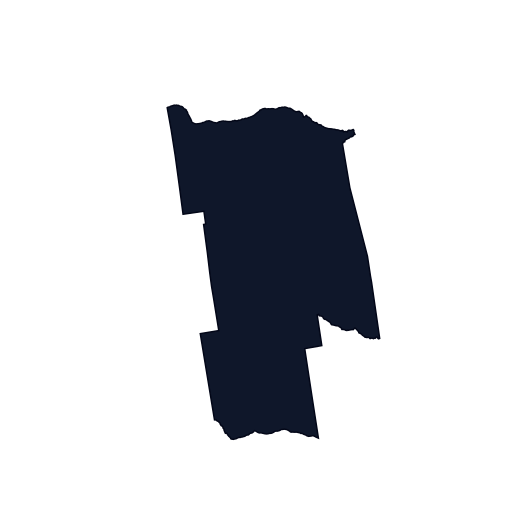 the district of Marcos Paz, Buenos Aires, Argentina, rotated 38°
{"feature_id": "61730980B37548441938699", "entity_name": "Marcos Paz", "entity_type": "district", "adm_level": 2, "iso_a3": "ARG", "parent_name": "Argentina", "parent_adm1": "Buenos Aires", "projection": "mercator", "projection_center": [-58.848, -34.821], "detail": "fine", "context": "isolated", "style": "filled", "palette": "ink", "viewbox_px": 512, "rotation_deg": 38, "n_neighbors": 0, "source": "geoboundaries", "source_scale": "gbopen_adm2", "svg_char_len": 6123}
<svg xmlns="http://www.w3.org/2000/svg" viewBox="0 0 512 512"><g transform="rotate(38 256 256)"><path d="M363.4,205.7L358.5,201.3L344.0,187.6L288.0,144.5L255.0,114.3L255.0,113.7L254.7,112.3L255.1,112.1L255.6,111.4L255.0,110.2L254.9,109.5L255.2,108.7L255.2,108.3L255.5,108.3L255.6,108.1L255.6,107.8L255.9,107.4L256.4,106.3L256.7,105.9L257.0,104.5L257.0,103.9L257.3,103.3L257.5,103.1L257.9,103.2L258.0,102.9L257.9,102.7L258.4,102.4L258.6,101.6L258.4,100.6L258.1,100.2L258.3,100.0L258.7,99.9L259.1,99.3L257.5,98.4L256.7,98.1L255.8,96.8L255.1,96.5L254.7,96.5L254.1,97.6L253.6,98.5L252.6,99.2L251.7,99.7L251.5,99.9L251.3,101.1L251.5,102.0L251.2,102.2L250.7,102.3L249.8,102.8L248.5,104.3L248.2,104.3L248.2,104.0L247.8,103.8L247.2,103.7L246.7,103.8L246.4,104.3L246.1,104.9L246.0,105.1L244.8,105.6L242.9,106.2L241.5,107.2L240.1,107.7L239.8,107.9L239.1,108.4L237.3,109.3L234.6,111.1L231.4,112.4L230.6,112.6L229.1,112.7L228.3,113.0L227.7,113.0L226.4,112.7L225.9,113.1L224.0,114.1L223.6,114.1L221.8,113.6L221.0,114.0L220.8,114.3L220.8,114.6L220.6,114.8L220.0,115.0L219.8,115.0L219.1,114.7L218.7,114.8L218.0,115.1L217.6,115.2L216.9,115.1L216.6,115.1L214.6,114.2L213.6,114.3L212.4,114.1L211.3,114.5L210.2,114.7L209.8,114.3L209.4,114.1L209.0,114.3L208.9,115.4L208.6,116.4L208.5,117.0L208.3,117.2L208.0,117.3L207.7,117.3L206.9,116.5L206.3,116.1L204.9,115.4L204.0,115.2L203.5,115.2L202.9,115.5L201.1,115.4L200.8,115.5L199.2,117.3L198.7,117.8L197.9,117.9L196.9,118.2L194.4,118.3L192.3,118.5L191.9,118.6L190.4,119.7L188.7,120.1L187.0,120.8L186.9,120.9L186.4,121.7L185.6,122.2L184.7,123.0L183.9,124.2L183.0,124.8L182.9,125.1L182.5,125.6L182.3,126.7L182.0,127.2L181.6,127.5L181.4,127.9L180.8,128.6L179.1,129.2L177.7,130.2L176.8,131.1L176.7,131.4L176.6,131.5L176.1,131.7L174.9,132.5L174.7,132.8L174.2,133.2L174.0,133.6L173.8,133.7L172.6,134.0L172.2,134.2L170.9,135.7L170.5,136.4L170.1,137.4L169.4,138.6L169.3,138.8L169.5,139.2L169.5,139.7L169.3,140.4L169.2,141.0L168.8,142.1L168.4,144.1L168.2,144.7L168.1,145.8L166.9,148.6L165.9,150.1L165.8,150.6L165.0,151.4L164.3,152.9L164.1,153.3L163.3,153.7L162.8,154.1L162.6,154.5L162.1,155.6L160.8,156.5L160.3,157.9L160.1,158.4L159.4,159.2L158.9,159.4L158.5,159.9L158.5,160.3L158.3,160.7L157.3,161.6L156.8,161.8L156.4,161.9L155.6,162.4L155.0,163.7L154.2,164.1L154.2,164.5L153.7,165.3L152.9,165.9L152.0,166.7L150.6,167.7L150.3,167.8L149.6,168.3L148.9,168.6L148.6,169.0L147.2,169.7L146.8,170.1L146.1,170.8L145.7,171.4L145.1,172.1L144.4,172.8L143.7,174.3L143.6,174.8L143.1,175.4L141.7,176.1L140.7,176.7L139.7,177.1L138.2,177.4L136.0,178.2L135.6,178.5L134.9,179.3L134.2,179.9L133.8,180.4L133.6,181.0L132.8,182.7L132.5,183.1L132.0,183.4L131.5,184.5L131.0,185.2L130.2,186.1L129.6,186.8L127.4,188.9L126.1,189.5L123.7,190.0L123.2,190.0L122.6,189.7L121.6,189.0L119.7,188.0L119.1,187.8L118.1,187.3L117.5,187.1L117.2,186.9L115.1,186.1L114.3,185.6L113.9,185.2L113.3,184.9L112.9,184.7L111.9,184.6L111.4,183.9L109.7,183.9L109.3,184.1L108.7,184.3L107.2,183.9L106.0,183.8L104.5,184.3L104.1,184.8L103.8,184.9L102.7,184.9L102.2,185.0L101.4,185.7L100.8,185.8L100.5,186.0L100.3,186.2L100.1,186.6L98.9,187.3L98.5,187.7L97.5,189.3L96.8,190.1L96.6,190.6L96.3,191.0L96.3,191.5L96.1,192.0L95.5,192.4L95.1,192.8L94.7,193.8L111.6,208.9L130.5,226.6L154.4,249.9L172.8,268.0L187.4,252.8L196.7,261.8L195.3,263.4L215.8,283.5L229.7,297.5L239.8,307.4L249.1,315.9L272.6,337.7L259.9,351.5L324.2,410.7L324.8,410.3L325.4,409.7L326.4,409.9L326.9,409.9L328.6,409.4L329.2,409.8L330.4,409.8L330.8,410.0L331.1,410.4L332.0,410.7L332.6,411.0L332.9,411.1L333.4,411.1L333.7,410.9L334.1,410.8L335.3,411.2L336.0,411.9L337.3,412.1L337.7,412.3L337.8,412.7L338.7,413.3L339.7,413.8L340.6,414.4L341.0,414.5L341.3,414.4L341.7,413.8L341.9,413.7L342.9,413.9L343.6,414.4L344.9,414.5L345.3,414.8L346.3,414.8L348.1,415.1L348.7,415.5L349.1,415.5L350.5,414.7L351.0,414.4L351.3,414.2L351.7,413.4L352.5,412.6L352.9,412.1L353.6,410.4L354.7,409.0L355.1,408.9L355.4,408.5L355.5,408.2L356.0,407.7L356.9,406.7L357.4,405.8L357.6,405.7L358.1,405.0L358.3,404.6L358.6,403.4L358.9,403.0L359.1,402.8L359.2,402.5L359.9,402.0L360.2,401.5L360.3,401.0L360.4,399.7L360.9,398.9L361.8,397.9L362.3,396.1L362.3,394.9L362.5,394.3L366.2,393.8L367.2,393.5L367.8,393.2L368.7,392.3L372.4,390.6L374.0,389.6L375.3,388.2L375.9,387.3L376.5,386.9L377.1,386.3L377.8,385.3L378.1,384.5L378.5,383.9L378.4,383.4L378.8,382.5L379.5,381.7L380.0,381.3L380.6,380.9L381.1,380.2L381.6,379.7L382.4,378.2L382.5,377.6L382.8,377.1L383.7,376.3L384.8,375.1L386.0,374.4L387.5,373.7L390.3,373.3L391.3,373.4L392.1,373.2L392.8,372.5L395.1,370.9L396.1,370.0L397.0,369.5L397.5,369.3L398.9,368.6L399.9,368.2L400.6,368.2L401.2,367.6L401.9,367.3L403.5,367.1L405.4,366.4L406.5,366.4L407.2,366.2L408.5,365.7L410.2,364.0L411.6,362.3L412.6,362.2L413.7,361.9L414.6,361.8L417.3,361.1L382.4,328.3L351.4,299.0L363.0,286.1L340.4,264.7L340.5,264.5L340.9,263.8L341.2,263.4L341.6,263.4L341.8,263.7L342.3,264.1L342.9,264.0L343.2,263.9L343.8,263.4L344.2,263.1L345.2,262.9L346.2,262.9L346.6,263.0L347.2,263.4L347.7,263.6L348.3,263.7L349.3,263.5L349.7,263.2L350.5,262.9L351.0,262.9L352.0,263.0L352.9,262.8L354.0,262.8L355.0,262.6L356.2,263.0L357.1,263.4L357.8,263.6L358.2,263.4L359.9,262.5L361.7,261.8L362.9,261.1L363.6,260.6L364.3,260.3L365.2,260.5L366.2,260.3L366.9,260.2L367.3,260.2L368.9,261.0L369.5,260.5L370.8,259.7L371.2,259.5L371.9,259.4L372.4,259.3L373.4,258.8L373.7,258.5L373.8,258.1L374.0,257.8L374.6,257.6L375.3,256.7L376.5,255.3L378.1,254.0L378.1,253.6L378.0,252.9L378.1,252.1L378.3,251.9L378.5,251.8L379.3,251.8L380.4,252.0L381.2,252.0L382.0,252.3L382.8,252.3L383.4,252.5L384.2,253.1L384.4,253.2L384.7,253.2L385.5,252.8L386.1,252.8L387.1,252.6L387.6,252.6L388.5,252.9L389.6,252.8L390.2,252.8L390.7,252.7L391.7,252.9L392.1,252.8L392.3,252.5L393.6,252.0L394.3,251.2L394.9,250.7L396.0,250.7L396.5,250.9L396.9,250.7L397.0,250.4L397.0,250.0L398.4,249.1L399.2,248.9L399.5,248.8L399.7,248.1L399.9,247.8L400.5,247.5L400.7,247.1L400.8,246.9L400.6,246.6L400.6,246.4L400.8,245.7L401.0,245.6L401.5,245.3L402.5,245.6L402.8,245.9L403.4,245.8L403.6,245.8L404.2,244.8L363.4,205.7Z" fill="#0f172a" stroke="#020617" stroke-width="1.5"/></g></svg>